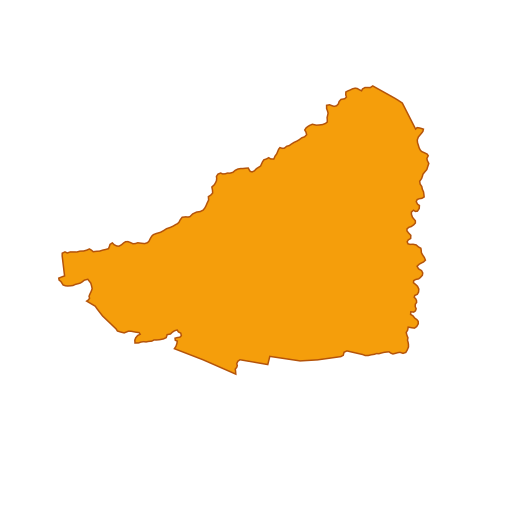 outline of Itiúba, Bahia, Brazil, rotated 254°
{"feature_id": "56859067B94296485103385", "entity_name": "Itiúba", "entity_type": "district", "adm_level": 2, "iso_a3": "BRA", "parent_name": "Brazil", "parent_adm1": "Bahia", "projection": "natural_earth1", "projection_center": [-39.824, -10.692], "detail": "fine", "context": "isolated", "style": "filled", "palette": "amber", "viewbox_px": 512, "rotation_deg": 254, "n_neighbors": 0, "source": "geoboundaries", "source_scale": "gbopen_adm2", "svg_char_len": 4726}
<svg xmlns="http://www.w3.org/2000/svg" viewBox="0 0 512 512"><g transform="rotate(254 256 256)"><path d="M189.4,152.0L170.9,176.4L148.0,204.0L150.8,204.6L153.0,204.9L154.2,206.7L155.8,207.8L157.8,207.8L159.8,209.5L160.7,212.0L148.4,237.4L155.7,241.6L143.0,269.5L139.2,286.5L135.9,309.8L136.5,312.5L139.2,314.1L139.7,317.2L133.3,328.8L132.0,331.2L130.2,333.6L129.4,336.6L129.3,339.5L128.9,342.5L129.0,344.9L128.2,347.2L128.2,349.8L128.1,352.5L127.7,355.0L127.2,357.5L125.4,358.9L124.1,360.6L124.0,363.2L124.0,365.7L123.7,367.9L121.9,370.5L122.0,373.4L123.9,375.4L126.5,377.5L129.1,378.2L131.0,378.4L133.3,378.4L135.5,379.5L138.4,379.2L141.1,379.3L142.9,381.3L145.7,382.7L144.2,385.7L143.0,388.5L143.9,391.0L146.1,393.3L148.5,393.9L150.5,393.1L152.5,391.5L155.2,390.4L157.3,388.5L159.7,389.5L158.6,392.1L159.3,394.1L161.1,395.4L163.5,395.1L165.8,395.9L167.1,397.6L169.0,398.0L170.9,397.7L172.7,396.7L174.3,397.7L174.7,400.5L176.5,402.3L179.3,403.4L182.4,402.9L184.8,401.5L186.9,400.0L188.9,400.8L189.4,403.1L189.2,406.0L190.0,408.0L191.6,410.6L193.7,411.6L196.3,411.1L198.9,408.7L201.8,408.0L203.2,410.8L203.7,413.2L204.1,415.4L205.3,417.7L208.2,417.4L210.9,416.5L213.6,415.9L216.1,416.4L218.0,416.6L219.9,414.7L222.5,413.0L224.0,410.2L224.7,407.3L225.8,405.5L228.0,405.2L229.5,406.8L230.2,409.5L233.2,410.5L236.3,408.9L238.7,408.0L240.5,408.7L241.5,411.0L241.5,413.3L242.5,416.2L243.8,418.3L245.9,418.9L247.9,418.0L250.1,417.1L253.2,416.9L255.4,417.5L256.6,420.0L254.9,421.5L254.6,423.5L256.7,426.0L259.5,427.0L261.2,425.6L264.0,425.0L265.8,426.4L266.1,428.7L265.7,431.3L266.4,433.9L268.6,434.3L271.4,434.7L274.3,434.3L277.1,434.5L279.9,433.6L282.7,433.9L284.8,436.5L286.9,438.0L288.6,439.0L290.3,441.4L292.0,444.0L294.4,445.6L297.3,447.6L300.4,447.0L302.6,447.1L304.9,449.2L306.8,448.6L308.5,446.7L310.9,443.9L312.9,443.0L315.3,442.6L317.6,442.6L320.4,442.5L323.1,443.0L325.6,444.8L327.3,447.3L328.5,449.1L329.8,450.8L331.8,451.9L333.1,450.0L334.1,448.3L335.0,446.3L334.0,444.4L362.7,438.8L366.7,435.4L369.2,433.1L387.3,415.1L386.4,412.3L387.2,409.7L387.9,407.2L387.2,404.4L385.7,403.0L387.4,401.1L389.1,399.5L390.0,397.6L390.1,394.8L389.6,392.2L389.4,390.0L388.9,387.6L386.2,386.7L383.8,386.7L382.7,384.6L383.1,380.9L381.6,378.5L379.5,377.1L378.2,374.8L378.3,372.3L379.5,370.5L381.1,368.4L381.4,365.4L378.2,364.5L376.0,364.7L373.5,364.7L371.6,363.7L369.5,362.5L367.5,362.1L365.2,361.5L364.3,359.4L364.0,356.3L364.5,353.0L365.1,350.1L367.1,346.5L366.7,343.4L366.1,341.3L365.3,339.4L363.7,337.6L361.2,338.2L358.6,338.1L357.2,335.6L357.0,332.6L355.9,329.7L355.2,327.1L354.7,323.8L353.7,320.4L353.0,318.5L353.0,315.7L351.8,312.9L352.3,310.8L353.6,308.9L352.4,307.2L350.4,305.6L348.5,304.1L346.8,301.9L344.3,299.8L345.3,296.8L347.0,295.3L346.4,292.8L346.3,290.1L344.8,288.3L343.2,286.9L341.2,285.2L340.4,282.4L339.8,280.4L338.3,277.9L337.9,275.4L338.9,273.8L340.7,273.2L342.7,272.8L343.2,270.4L343.7,267.5L344.3,265.4L344.6,262.6L344.1,259.7L342.8,256.9L342.8,253.7L343.6,251.4L343.5,249.0L344.1,246.5L345.5,244.9L345.2,242.0L343.4,239.9L341.4,239.6L339.2,238.7L337.4,237.1L336.0,235.6L334.5,232.6L331.2,232.3L328.5,231.7L327.0,229.3L326.2,226.6L322.9,225.9L320.2,223.5L318.3,222.0L316.4,220.2L314.7,217.9L314.1,214.7L314.6,211.0L313.9,206.7L312.0,203.3L312.2,201.3L313.0,199.3L313.6,195.7L311.8,193.3L309.7,191.3L308.7,189.4L308.3,187.2L307.6,184.8L307.1,181.5L306.9,177.5L305.9,174.3L305.1,170.7L305.1,166.4L304.8,163.2L303.9,161.4L302.2,159.5L299.7,157.2L298.7,155.3L298.6,152.4L299.9,149.2L301.3,146.0L301.2,143.5L301.7,141.1L303.7,138.8L305.1,136.9L305.7,134.6L305.1,132.5L303.9,129.9L303.2,127.0L304.0,124.9L306.0,122.7L308.2,121.5L307.4,118.9L305.4,117.6L303.7,116.2L303.7,113.3L303.9,110.2L303.8,106.9L304.5,103.9L305.0,100.7L307.1,99.3L308.7,97.8L308.3,95.0L308.3,91.7L309.2,88.1L309.2,85.0L310.0,82.3L311.1,78.5L310.9,75.4L312.6,73.5L312.1,70.5L309.5,69.7L289.6,66.5L289.5,64.3L289.1,60.3L287.1,60.1L285.3,61.4L281.3,62.6L279.9,64.6L279.1,66.6L278.5,69.4L278.1,71.9L278.5,74.6L278.4,77.2L278.4,79.5L279.0,81.7L280.1,84.3L280.0,87.9L278.0,88.7L275.5,89.7L272.7,89.7L269.7,89.5L267.4,87.8L265.0,85.7L263.3,84.4L261.3,84.4L260.0,82.8L259.3,80.8L252.1,87.6L248.9,88.7L240.6,92.0L224.5,101.4L222.1,102.1L220.3,104.8L218.4,108.1L218.9,112.8L218.0,115.4L216.0,119.3L214.6,122.5L212.7,123.1L212.2,120.3L210.5,117.8L208.5,116.3L205.7,115.7L204.8,119.2L205.0,121.5L204.7,124.1L203.7,126.7L203.5,129.2L202.9,132.3L203.4,134.9L202.7,137.2L202.1,140.4L201.8,144.2L202.3,147.2L204.9,148.9L204.6,152.3L205.8,154.5L206.6,157.1L206.6,159.8L204.4,160.5L202.6,162.4L200.0,162.3L198.9,160.4L199.3,157.7L199.3,155.5L197.2,155.2L195.9,156.9L193.6,155.8L191.3,154.2L189.4,152.0Z" fill="#f59e0b" stroke="#b45309" stroke-width="1.5"/></g></svg>